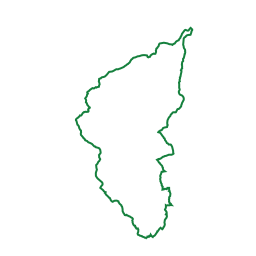 outline of Nereju, Vrancea, Romania, rotated 97°
{"feature_id": "2599482B74656559226175", "entity_name": "Nereju", "entity_type": "district", "adm_level": 2, "iso_a3": "ROU", "parent_name": "Romania", "parent_adm1": "Vrancea", "projection": "equal_earth", "projection_center": [26.622, 45.68], "detail": "fine", "context": "isolated", "style": "outline", "palette": "green", "viewbox_px": 256, "rotation_deg": 97, "n_neighbors": 0, "source": "geoboundaries", "source_scale": "gbopen_adm2", "svg_char_len": 5710}
<svg xmlns="http://www.w3.org/2000/svg" viewBox="0 0 256 256"><g transform="rotate(97 128 128)"><path d="M140.5,173.9L142.6,171.6L143.4,171.0L143.4,170.7L144.0,170.2L144.3,169.6L144.9,169.1L145.4,169.0L145.9,167.0L147.0,165.7L147.5,163.7L148.2,161.8L149.9,159.8L150.4,159.1L150.4,158.1L151.0,157.7L151.3,155.3L151.7,154.0L153.1,152.9L155.5,152.2L156.3,152.2L158.4,153.5L159.1,153.2L160.5,153.1L162.3,151.8L164.3,152.5L165.1,153.3L167.2,154.0L168.7,155.1L171.4,154.5L173.1,153.8L176.0,154.4L177.0,154.4L179.5,154.0L180.9,152.9L181.8,152.0L185.2,147.0L185.5,146.8L186.6,146.4L187.4,146.4L189.2,147.6L190.8,148.2L192.8,145.0L193.7,144.3L194.2,143.4L194.4,142.7L194.8,142.8L194.7,142.4L195.7,142.5L196.8,141.7L198.0,140.0L198.7,139.2L198.9,138.8L199.6,138.2L199.7,137.5L201.7,136.3L202.7,135.3L203.1,134.2L201.9,132.7L201.5,130.8L201.6,129.5L202.0,128.5L202.5,128.5L204.2,127.1L205.5,125.2L206.3,124.9L206.8,124.3L209.1,123.5L211.2,123.2L213.1,122.0L213.5,121.5L214.8,120.6L214.9,119.8L214.4,118.9L214.8,118.6L214.8,117.9L215.1,117.4L215.2,116.8L215.5,116.2L215.5,115.6L216.2,114.4L216.7,113.0L217.4,112.2L218.1,112.1L219.3,112.5L220.3,112.0L221.1,112.0L223.1,111.0L223.9,110.3L224.1,109.2L224.5,109.2L224.7,108.8L225.3,108.7L225.7,108.4L225.7,108.1L226.7,107.6L226.9,107.3L226.6,106.6L226.5,106.0L227.1,105.8L227.4,105.4L229.7,105.2L231.7,105.6L232.7,105.1L232.8,104.4L233.5,102.8L233.4,102.3L233.6,101.6L233.6,101.0L234.1,100.6L234.3,99.0L234.8,98.1L234.7,97.0L235.0,96.6L234.4,96.2L234.3,95.8L233.7,95.2L233.4,93.8L233.3,93.7L233.0,94.3L232.9,94.0L232.4,93.7L232.4,92.7L231.1,92.5L232.6,91.2L233.2,90.1L232.5,89.8L231.6,88.5L230.7,87.9L227.9,86.5L227.4,86.4L227.5,86.2L224.1,84.4L223.1,83.5L223.5,83.1L223.6,82.6L224.3,81.7L223.6,81.1L222.2,80.7L221.7,80.3L220.9,80.0L219.5,79.7L218.4,79.9L217.5,80.3L214.7,80.2L213.9,79.7L213.4,79.6L212.5,78.9L211.1,78.6L208.9,79.1L208.8,79.3L209.3,79.5L209.2,79.9L208.1,79.5L208.1,79.2L206.8,79.4L205.4,80.5L205.0,81.1L204.4,81.4L203.3,80.9L202.1,80.7L200.1,81.0L200.4,80.4L199.9,79.4L199.7,77.5L199.2,76.1L199.2,75.4L198.6,76.1L198.3,76.2L198.2,76.6L197.9,76.5L197.5,77.5L197.2,77.8L196.7,77.7L196.1,78.3L194.9,78.3L193.7,78.7L193.1,78.4L191.8,78.7L191.2,78.5L190.5,77.9L188.0,77.9L186.0,78.9L185.7,79.5L185.3,79.1L184.5,79.6L182.4,79.9L182.6,81.6L183.1,81.6L184.0,82.1L183.8,84.0L184.4,84.7L184.2,84.9L184.2,85.3L184.6,85.2L185.0,86.3L183.0,86.3L182.2,86.7L181.9,86.5L180.8,87.6L179.5,87.7L178.6,88.5L177.6,88.8L177.1,89.3L176.5,89.3L174.7,89.9L173.2,89.6L171.8,90.2L170.9,90.1L170.0,89.7L167.4,89.3L167.2,88.0L166.9,87.6L166.5,86.1L165.5,87.8L163.8,88.5L163.2,88.5L162.8,89.0L161.8,89.3L161.3,89.7L159.7,91.7L159.1,92.0L158.4,93.2L157.3,93.8L156.0,95.3L155.0,93.8L155.0,92.9L154.6,92.5L154.4,91.9L152.3,89.8L152.2,89.3L152.0,89.1L151.9,88.7L151.3,88.0L151.1,87.0L149.5,84.1L149.3,81.8L148.7,80.5L147.9,79.7L146.7,80.2L145.2,80.4L141.3,81.9L139.6,83.1L139.3,83.5L139.4,83.8L139.2,84.3L139.5,85.4L138.5,86.5L138.2,87.6L136.6,88.6L135.6,89.7L133.9,90.4L133.6,91.2L132.5,91.8L132.1,92.4L129.1,95.1L128.7,95.8L128.5,97.4L127.9,97.2L127.0,96.0L126.5,95.6L126.1,94.4L125.0,93.7L123.8,93.2L123.1,91.9L122.3,89.4L121.1,89.2L120.4,89.3L120.1,89.0L119.5,89.4L118.3,89.7L115.5,89.7L112.6,88.7L111.0,87.5L109.6,87.2L108.1,86.0L107.3,85.6L107.1,85.4L106.7,84.2L106.8,83.3L106.5,82.4L103.3,81.2L103.0,80.6L103.0,80.1L102.6,79.6L100.1,77.9L98.7,77.9L98.1,77.6L96.9,77.5L93.2,76.1L91.6,76.3L90.3,77.0L89.2,78.2L88.6,80.3L88.3,80.8L87.5,81.4L86.3,81.9L85.3,82.0L84.3,81.5L83.3,81.4L81.9,82.1L78.2,82.5L76.9,82.9L76.3,82.9L75.4,82.2L74.1,82.7L72.4,82.4L71.4,82.7L70.8,82.2L68.4,82.1L65.7,81.8L65.1,81.9L64.3,82.5L63.8,82.0L63.2,82.2L62.1,81.5L61.6,81.7L59.9,81.8L58.7,82.3L58.2,82.1L57.6,82.3L55.9,82.2L54.8,81.4L52.7,81.8L51.8,81.2L49.8,80.9L48.9,80.9L48.4,80.7L47.8,80.9L47.3,80.5L45.6,80.4L44.8,80.8L44.1,80.7L43.2,81.0L42.0,82.1L40.9,82.6L40.1,82.7L38.7,83.4L32.4,83.6L31.2,83.0L30.6,82.1L29.9,81.8L28.7,80.6L28.1,78.8L28.1,78.0L27.8,77.3L25.4,76.8L24.3,76.8L23.1,76.2L22.8,76.2L22.3,76.3L21.7,77.3L21.0,78.0L21.9,78.8L22.8,79.2L23.9,79.9L24.1,80.6L24.0,81.4L23.6,82.8L24.0,83.6L28.0,85.9L29.7,86.2L31.1,86.9L31.9,86.9L33.4,87.9L34.8,88.4L35.3,89.5L36.4,90.8L38.4,91.9L38.7,92.3L39.0,93.2L40.1,94.0L39.7,95.2L39.8,97.1L39.2,99.2L39.0,102.8L40.3,106.9L41.2,107.4L43.0,107.6L44.3,108.5L45.0,108.7L45.4,109.3L45.9,109.6L46.8,109.5L47.6,109.8L49.0,109.4L51.0,109.9L51.2,110.8L51.0,111.6L51.4,112.1L51.6,112.7L53.2,114.4L54.6,114.8L54.9,115.7L55.4,116.4L55.3,116.8L55.1,117.2L53.7,117.9L53.6,119.6L53.8,121.8L54.3,123.5L55.3,125.5L55.7,127.2L57.0,129.3L57.6,131.1L58.0,131.6L58.9,132.1L59.7,133.1L60.4,133.3L61.4,133.9L62.0,134.0L63.0,134.5L63.7,135.3L64.4,135.7L64.7,136.4L65.9,137.4L66.7,138.5L68.0,139.7L69.9,142.9L70.4,144.1L70.9,144.8L71.0,145.3L71.0,146.4L71.5,147.4L72.5,148.6L73.8,150.5L74.6,153.6L77.8,155.6L79.6,157.1L80.3,158.3L80.8,160.0L81.5,160.8L82.0,161.0L82.7,162.6L85.5,162.6L86.5,162.0L88.1,161.5L89.4,161.9L90.6,161.9L91.3,163.8L91.7,164.2L91.4,164.9L92.9,166.6L92.9,167.4L92.7,167.8L92.8,168.2L94.8,170.4L96.4,171.6L96.9,172.5L97.5,172.8L98.0,172.8L98.8,172.0L100.0,172.7L101.6,172.8L103.8,174.1L105.0,173.2L105.8,172.9L107.7,172.9L108.4,171.9L110.1,171.2L110.6,170.4L111.9,169.4L112.1,168.6L112.4,168.4L113.0,168.6L113.9,169.6L114.2,169.8L115.1,169.7L115.9,169.2L116.4,169.3L116.7,169.5L117.1,171.2L117.0,172.1L117.3,172.6L117.4,173.5L118.0,173.8L118.2,174.3L118.7,174.7L121.1,175.8L121.4,176.2L121.4,177.3L122.6,177.7L123.0,178.3L123.9,178.9L124.7,179.9L125.8,180.7L126.7,180.6L127.3,180.0L130.9,178.6L131.1,178.1L132.2,177.1L134.2,176.3L135.8,175.1L135.9,174.8L136.2,174.4L138.3,174.0L139.1,174.2L140.5,173.9Z" fill="none" stroke="#15803d" stroke-width="2"/></g></svg>